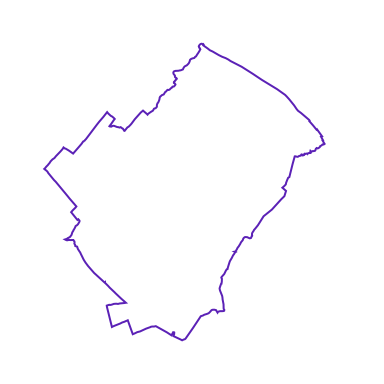 Draguseni, Botosani, Romania, rotated 78°
{"feature_id": "2599482B61564668293173", "entity_name": "Draguseni", "entity_type": "district", "adm_level": 2, "iso_a3": "ROU", "parent_name": "Romania", "parent_adm1": "Botosani", "projection": "orthographic", "projection_center": [26.821, 48.036], "detail": "fine", "context": "isolated", "style": "outline", "palette": "violet", "viewbox_px": 384, "rotation_deg": 78, "n_neighbors": 0, "source": "geoboundaries", "source_scale": "gbopen_adm2", "svg_char_len": 5890}
<svg xmlns="http://www.w3.org/2000/svg" viewBox="0 0 384 384"><g transform="rotate(78 192 192)"><path d="M318.8,279.5L318.3,277.0L317.7,274.7L317.6,271.8L316.1,265.3L315.5,260.8L315.4,260.7L315.3,260.4L315.3,259.1L315.7,257.0L315.7,255.9L315.7,255.3L324.0,245.8L327.9,241.9L325.4,239.7L325.9,239.2L325.5,238.8L325.6,238.6L326.0,238.6L326.5,239.0L327.1,238.9L329.1,240.1L333.9,233.8L335.0,232.5L334.6,230.9L334.5,229.6L334.1,228.8L325.3,219.4L315.3,209.2L315.1,207.0L314.6,205.5L314.4,203.0L314.1,201.2L313.8,200.5L313.3,199.7L311.6,197.4L311.5,196.7L311.5,195.9L311.8,194.5L312.6,193.0L312.8,192.9L313.7,192.7L315.3,192.1L314.6,191.5L314.4,190.2L314.5,188.7L314.8,187.5L315.0,186.0L315.0,185.6L314.8,185.2L314.0,184.9L313.0,185.3L312.1,185.2L308.4,184.5L303.3,184.4L302.0,184.2L300.0,184.1L294.1,185.1L292.2,185.1L291.3,184.7L287.8,182.6L287.7,182.4L287.7,182.2L287.4,182.2L286.3,181.6L283.2,180.8L282.8,180.8L282.1,181.1L281.7,181.1L281.1,180.5L278.9,177.5L275.8,175.1L275.0,174.2L274.8,174.0L274.8,173.7L274.8,173.3L273.1,172.5L268.3,169.8L267.4,169.2L264.8,166.8L262.5,165.0L261.6,163.9L260.1,162.5L259.9,162.2L259.8,161.9L259.2,162.7L259.2,162.3L259.2,162.0L258.6,161.2L257.3,160.0L255.9,158.9L255.0,157.7L253.6,156.4L252.8,155.6L251.7,154.8L251.1,154.2L249.7,152.4L248.2,151.5L247.5,150.6L247.1,149.5L247.6,147.5L248.5,146.3L249.3,145.2L249.3,144.4L249.2,143.8L248.5,143.3L247.7,142.9L247.4,142.6L247.4,142.3L247.2,142.2L246.4,142.2L245.3,142.0L244.3,141.4L242.8,139.8L242.0,139.2L240.9,137.7L238.2,134.4L230.6,127.0L225.8,117.5L217.7,106.3L215.3,102.5L210.5,99.8L206.6,102.7L205.3,100.4L204.1,98.7L202.5,98.0L200.2,96.5L198.1,95.0L197.9,94.5L197.7,93.7L185.4,87.7L178.5,84.1L178.5,83.7L179.5,81.6L179.5,81.2L179.5,80.9L179.1,79.9L179.0,79.6L179.1,78.1L179.0,77.9L178.3,77.5L178.1,77.3L178.0,77.1L178.1,76.8L178.2,76.6L179.3,76.0L179.1,74.6L178.6,74.3L178.3,74.4L178.1,74.2L178.0,73.9L178.4,73.6L178.4,73.4L178.2,72.6L178.2,72.3L178.3,71.9L178.3,71.6L178.9,71.2L178.4,70.6L178.2,70.1L178.2,69.4L178.4,68.7L178.5,67.9L178.3,67.8L178.0,67.8L177.4,67.9L176.8,67.8L176.4,67.6L177.4,66.9L177.5,66.7L177.2,66.2L177.1,65.4L177.1,65.2L177.3,64.7L177.3,63.4L177.2,63.0L176.8,62.6L176.1,62.3L175.4,61.8L175.3,61.3L174.9,60.9L175.0,60.7L175.3,60.4L175.5,60.1L175.5,59.8L175.0,58.3L174.7,57.9L174.6,57.6L173.8,57.1L173.4,55.6L172.6,54.4L172.9,53.8L172.8,52.9L172.5,52.3L171.4,52.7L168.7,53.6L168.6,53.1L164.7,54.3L164.6,53.2L156.7,56.7L157.0,57.2L152.1,59.7L147.3,62.4L147.1,62.5L146.8,62.1L145.9,62.4L137.3,69.0L134.6,71.4L132.7,72.4L128.5,74.1L121.6,77.6L118.3,79.5L116.4,80.7L109.1,87.4L97.0,100.2L92.3,104.8L89.0,108.0L79.8,117.4L71.9,127.1L70.0,128.9L68.0,131.3L66.0,134.4L63.6,137.4L58.8,142.7L57.1,145.0L54.9,146.8L51.0,150.4L50.6,149.9L49.6,150.3L49.7,150.7L49.6,150.9L49.0,151.6L49.0,152.0L49.0,152.7L49.4,153.6L49.7,154.0L50.6,154.9L51.0,155.1L51.6,154.9L52.2,155.0L52.5,154.9L53.0,154.4L54.2,154.2L54.7,154.8L55.2,155.0L57.5,157.2L58.4,158.2L60.2,159.9L60.4,160.6L60.5,160.9L61.1,161.5L61.4,162.0L61.4,163.5L61.6,165.0L62.1,166.1L62.4,166.5L63.7,167.1L65.1,168.1L65.8,168.9L67.0,170.7L67.5,172.6L67.8,173.3L68.8,174.4L70.2,175.4L70.6,177.6L70.6,178.1L70.5,179.0L70.6,179.8L70.1,183.0L70.1,183.4L70.3,184.6L70.5,184.9L71.5,185.5L72.0,185.5L72.9,185.4L74.5,184.5L75.5,184.7L76.1,184.7L76.4,184.5L77.1,183.7L77.5,183.5L78.0,183.3L78.4,183.6L78.5,183.8L78.5,184.2L79.2,184.7L79.5,185.4L80.0,185.7L80.5,186.7L80.8,186.9L81.6,187.0L82.0,186.4L83.1,185.9L83.3,185.8L83.8,186.1L84.4,186.8L85.0,187.7L85.1,188.0L84.9,189.1L85.0,189.3L85.7,189.9L86.1,191.0L87.2,192.7L87.3,193.5L87.3,194.0L87.0,194.6L87.3,195.3L88.3,196.4L88.4,197.1L88.9,197.7L90.3,199.0L90.7,199.4L90.8,200.0L90.9,200.9L91.1,201.5L91.9,202.8L92.1,203.3L93.0,204.0L94.4,204.5L95.7,205.2L97.5,206.5L98.1,207.4L98.5,207.6L99.7,208.3L100.9,208.5L101.5,208.8L102.5,210.2L102.5,210.6L102.5,211.4L102.7,211.9L104.3,213.3L105.2,215.8L106.4,218.6L107.1,219.4L106.3,219.9L102.2,223.0L103.6,225.6L108.9,232.8L112.6,237.0L113.5,238.2L114.9,240.3L115.4,241.8L118.2,245.2L118.0,245.6L117.5,245.8L116.7,246.0L116.1,246.2L115.8,246.5L115.5,246.6L115.2,247.1L114.1,247.9L113.7,248.5L113.9,249.0L113.9,249.6L113.3,250.5L112.9,251.7L111.0,254.6L110.9,255.3L110.9,256.3L111.3,257.2L111.2,257.7L110.8,258.8L110.5,259.1L108.9,257.2L105.3,253.4L104.5,252.4L103.3,253.1L101.6,254.4L100.6,255.6L97.8,257.6L96.2,258.4L100.2,263.2L104.0,268.2L106.5,271.2L118.2,284.7L119.0,285.9L119.7,286.6L120.1,286.7L120.3,286.6L119.8,287.2L119.8,287.6L120.1,288.1L121.9,290.0L123.9,292.6L129.7,300.3L125.9,303.8L123.3,306.6L123.0,307.3L121.7,308.4L123.0,309.6L124.9,312.1L128.7,317.7L130.2,319.5L131.1,321.7L132.6,323.9L134.2,325.5L134.9,326.5L135.7,327.4L137.0,329.4L137.9,330.4L138.7,331.7L139.5,331.1L140.9,329.9L142.0,329.2L142.7,328.9L143.5,328.7L151.6,324.5L153.6,323.2L157.6,321.1L170.2,314.5L172.8,313.2L182.1,308.1L183.1,309.3L185.2,312.6L186.6,314.4L195.5,309.9L195.0,308.9L196.6,308.0L197.3,308.1L197.9,308.5L199.8,310.2L200.6,311.4L200.9,312.4L201.2,313.0L202.2,313.6L204.2,315.3L204.7,315.9L205.3,316.2L206.6,317.5L208.1,318.3L209.2,319.0L209.7,319.7L210.5,320.5L210.8,321.5L211.0,321.8L211.2,322.4L211.3,323.2L211.8,324.1L212.0,326.1L212.7,325.3L212.8,324.9L213.3,324.3L213.3,323.9L213.3,322.5L213.8,320.6L214.0,319.4L214.3,318.0L215.3,317.7L215.6,317.4L215.9,317.3L216.7,317.3L218.0,317.8L219.5,317.3L220.6,317.4L221.6,315.7L223.9,315.5L227.1,314.3L227.9,313.9L228.7,313.8L235.8,312.0L239.0,310.8L242.7,309.1L250.8,304.6L262.4,296.3L262.2,295.9L262.6,296.0L263.0,295.8L266.2,293.7L268.6,292.3L274.4,288.3L274.8,288.1L281.9,283.2L286.6,279.7L286.5,281.6L286.0,285.9L286.1,287.3L286.0,288.0L285.5,289.4L285.2,291.7L285.5,294.0L285.5,295.4L285.4,295.9L285.1,296.4L285.4,299.0L286.6,299.1L307.4,298.4L307.3,298.0L307.1,297.4L306.7,295.4L305.7,289.5L305.1,287.4L304.9,285.3L304.1,281.5L318.8,279.5Z" fill="none" stroke="#5b21b6" stroke-width="2"/></g></svg>